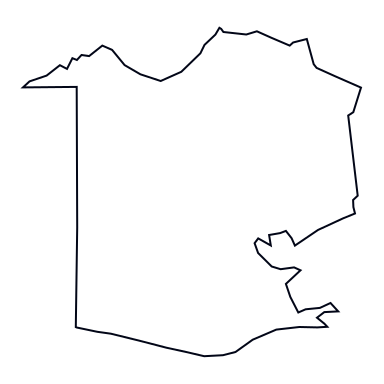 the district of Vermilion, Louisiana, United States of America
{"feature_id": "52423323B90141807319554", "entity_name": "Vermilion", "entity_type": "district", "adm_level": 2, "iso_a3": "USA", "parent_name": "United States of America", "parent_adm1": "Louisiana", "projection": "natural_earth1", "projection_center": [-92.265, 29.84], "detail": "fine", "context": "isolated", "style": "outline", "palette": "ink", "viewbox_px": 384, "rotation_deg": 0, "n_neighbors": 0, "source": "geoboundaries", "source_scale": "gbopen_adm2", "svg_char_len": 1039}
<svg xmlns="http://www.w3.org/2000/svg" viewBox="0 0 384 384"><path d="M72.4,58.2L67.0,68.9L59.9,65.2L46.6,75.6L29.5,81.4L23.0,87.4L76.7,86.9L77.2,227.3L75.8,327.1L76.7,327.5L97.3,331.8L110.9,333.7L138.6,340.5L166.4,347.7L186.2,352.0L204.2,356.2L223.0,355.2L235.5,352.0L252.7,339.7L276.3,329.6L299.3,327.0L317.4,327.4L327.3,326.8L324.5,323.8L317.0,317.7L324.3,312.1L338.2,311.4L330.5,303.0L319.9,307.9L305.6,309.3L298.3,312.5L290.3,296.9L285.9,283.9L300.5,270.3L294.1,267.4L280.6,269.2L271.7,266.5L258.1,253.0L254.6,243.2L258.2,238.4L270.8,245.5L269.1,235.0L280.1,233.1L285.9,230.9L291.6,238.2L294.9,245.6L318.1,229.9L343.2,218.3L355.0,213.5L353.4,207.1L353.1,200.0L357.7,195.7L348.2,115.5L353.3,112.2L361.0,87.6L335.0,76.2L316.6,67.9L313.7,64.2L306.8,39.0L293.1,42.5L289.7,45.6L271.2,37.7L256.9,31.3L246.3,34.5L223.4,32.0L221.2,28.9L219.4,27.8L215.4,34.6L204.5,44.9L200.4,53.3L181.3,71.8L160.7,81.0L140.4,74.3L124.6,65.1L112.1,49.9L102.3,45.6L89.1,56.1L81.5,55.0L76.9,60.0L72.4,58.2Z" fill="none" stroke="#020617" stroke-width="2"/></svg>